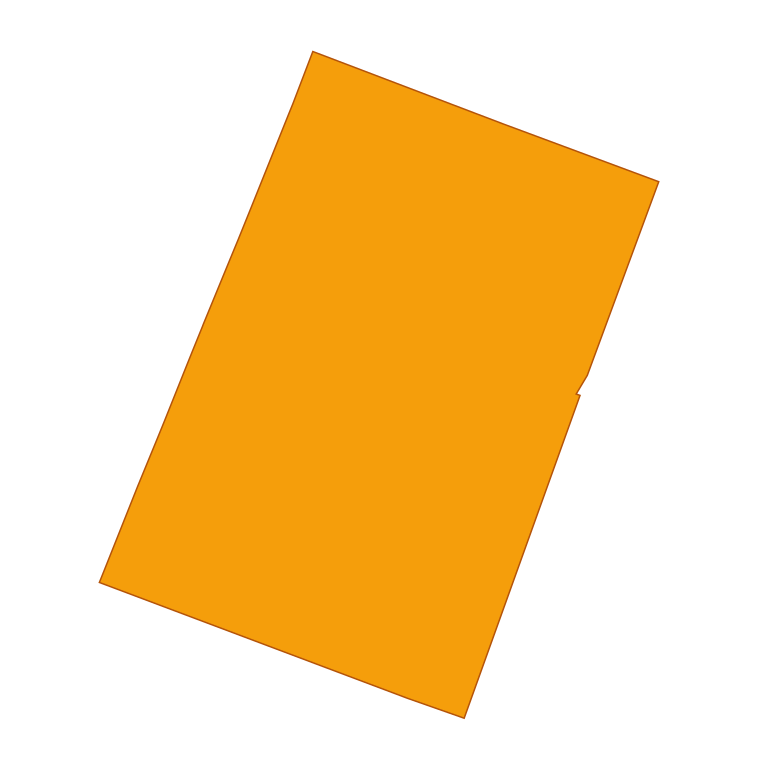 Darke, Ohio, United States of America (Albers equal-area conic projection), rotated 21°
{"feature_id": "52423323B38982554043434", "entity_name": "Darke", "entity_type": "district", "adm_level": 2, "iso_a3": "USA", "parent_name": "United States of America", "parent_adm1": "Ohio", "projection": "albers", "projection_center": [-84.709, 40.136], "detail": "fine", "context": "isolated", "style": "filled", "palette": "amber", "viewbox_px": 768, "rotation_deg": 21, "n_neighbors": 0, "source": "geoboundaries", "source_scale": "gbopen_adm2", "svg_char_len": 491}
<svg xmlns="http://www.w3.org/2000/svg" viewBox="0 0 768 768"><g transform="rotate(21 384 384)"><path d="M570.7,303.1L568.0,96.7L403.0,98.5L198.4,99.1L198.5,155.1L198.3,165.1L196.7,268.6L196.1,302.3L195.9,309.7L195.9,309.8L195.5,325.7L193.9,392.8L193.9,395.4L193.4,421.4L193.1,440.6L192.3,498.0L191.9,517.3L191.0,555.5L190.7,568.3L189.6,657.6L189.5,664.9L189.4,671.3L518.7,669.0L578.6,667.3L571.1,324.4L567.0,324.5L570.7,303.1Z" fill="#f59e0b" stroke="#b45309" stroke-width="1.5"/></g></svg>